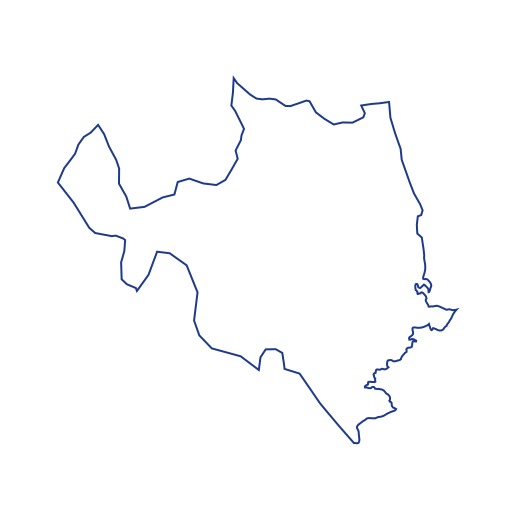 outline of Idjevan, Tavush, Armenia, rotated 97°
{"feature_id": "60910142B98300575929889", "entity_name": "Idjevan", "entity_type": "district", "adm_level": 2, "iso_a3": "ARM", "parent_name": "Armenia", "parent_adm1": "Tavush", "projection": "equal_earth", "projection_center": [45.144, 40.867], "detail": "fine", "context": "isolated", "style": "outline", "palette": "blue", "viewbox_px": 512, "rotation_deg": 97, "n_neighbors": 0, "source": "geoboundaries", "source_scale": "gbopen_adm2", "svg_char_len": 5051}
<svg xmlns="http://www.w3.org/2000/svg" viewBox="0 0 512 512"><g transform="rotate(97 256 256)"><path d="M82.2,299.8L96.9,298.8L109.7,298.8L114.5,294.4L128.6,285.1L131.3,283.4L138.3,285.1L142.8,285.1L153.8,289.1L161.7,286.0L173.2,290.8L184.2,295.6L190.4,304.0L190.4,317.2L187.3,331.7L192.1,342.7L204.9,344.5L209.3,355.9L220.8,372.6L224.3,386.7L212.8,392.0L200.9,400.8L185.9,402.5L177.6,406.5L165.2,415.3L153.7,421.5L145.1,428.7L153.7,435.1L158.8,441.4L164.5,444.5L167.2,445.9L176.5,448.0L183.2,451.8L192.2,457.1L207.2,461.6L215.6,453.2L225.4,443.4L236.1,434.8L248.3,425.0L252.8,418.4L253.8,402.3L253.9,401.9L252.9,397.6L254.8,390.0L256.2,387.8L267.1,387.3L273.8,388.3L278.7,389.1L295.5,386.5L299.5,381.1L299.8,380.7L302.4,371.4L305.2,369.9L287.8,360.4L269.7,356.1L263.8,354.7L263.8,342.0L267.1,335.9L273.7,323.7L299.2,309.6L327.6,309.6L341.7,302.6L353.1,288.6L357.4,259.0L368.8,239.3L356.0,239.2L347.5,235.0L346.1,225.1L349.0,218.1L358.9,215.3L364.6,213.9L367.4,198.4L381.6,185.8L389.1,179.2L394.4,174.5L396.5,172.3L404.2,164.1L415.5,151.9L429.8,135.9L429.5,135.1L429.6,134.1L429.5,132.4L429.0,131.5L427.4,131.0L425.7,131.0L423.6,131.5L421.3,132.0L419.7,132.4L418.3,132.6L416.7,133.2L414.3,134.9L412.9,134.9L412.5,134.7L411.0,133.9L409.1,131.9L407.2,130.0L405.1,127.4L403.6,125.9L403.1,124.2L403.0,122.6L402.9,120.9L402.7,119.6L402.6,117.9L401.8,116.6L400.9,115.0L400.4,112.7L399.3,110.3L399.1,109.9L397.4,107.7L396.1,106.0L394.1,102.7L392.8,99.9L391.7,98.7L390.8,98.3L390.4,99.2L390.0,100.1L389.8,101.4L389.2,102.0L388.2,102.9L386.8,103.2L385.1,103.6L384.4,104.4L384.3,105.3L383.4,106.0L382.6,105.6L381.6,105.5L380.0,105.8L378.8,106.5L377.7,107.7L377.1,108.5L376.8,109.6L376.1,110.5L375.2,111.3L374.5,112.1L374.0,112.7L373.5,113.9L373.1,115.0L373.2,116.6L372.9,118.0L373.2,118.6L373.2,119.1L373.2,120.3L373.2,121.6L372.4,122.1L371.7,123.0L371.6,124.0L372.1,124.9L372.6,125.5L373.1,125.8L373.4,126.9L373.3,128.4L373.1,129.6L373.1,130.8L373.2,131.8L372.4,132.1L371.4,131.4L370.6,130.4L370.0,129.3L369.0,129.1L368.5,129.4L367.3,129.1L367.0,128.0L366.9,125.9L366.8,124.4L366.7,122.9L366.2,122.2L365.4,122.4L364.4,122.8L363.1,122.7L362.7,123.3L361.7,124.0L360.7,124.2L359.4,124.9L358.5,124.6L357.9,124.2L357.5,123.1L355.8,123.0L355.1,123.0L354.8,123.0L354.0,122.4L353.8,121.7L353.8,120.9L353.8,120.6L353.8,119.6L353.5,118.5L353.0,117.9L352.5,117.0L352.8,115.8L352.8,114.6L352.6,113.5L351.5,112.1L350.3,111.0L349.7,111.9L348.7,112.5L346.9,112.8L346.4,112.8L345.8,112.9L343.7,112.5L343.2,111.2L342.8,109.5L343.0,108.5L343.7,107.0L343.7,105.7L343.4,104.6L342.6,103.0L342.5,102.6L342.3,101.8L341.5,100.4L340.8,99.6L340.0,99.6L338.5,99.1L337.8,98.8L335.9,97.6L334.0,96.3L332.8,94.9L331.5,95.0L330.2,95.4L329.0,94.6L328.4,93.6L328.3,92.8L328.3,92.5L327.9,91.4L327.3,90.4L326.2,90.2L324.9,90.2L323.0,90.2L321.7,90.0L321.4,89.4L321.4,88.4L321.4,86.8L320.5,86.7L320.2,87.6L319.5,89.1L319.4,90.4L319.4,91.2L320.3,92.7L320.3,93.6L320.2,93.6L318.8,94.1L317.7,93.6L317.4,93.2L316.7,92.4L315.3,91.1L314.3,90.7L313.2,90.7L312.5,90.9L311.8,91.1L310.3,91.6L309.1,91.9L308.1,91.6L307.7,90.8L307.5,89.2L307.6,87.4L307.4,85.5L307.0,83.5L306.4,81.8L305.2,79.5L303.8,77.3L302.4,76.0L303.3,75.6L304.6,75.2L305.4,74.6L306.6,74.2L307.5,73.5L308.2,72.9L307.8,72.2L307.0,71.8L306.0,71.4L306.3,69.8L306.8,68.0L307.0,67.6L307.4,66.3L307.6,64.4L307.3,63.1L306.8,62.1L305.8,61.0L304.4,60.4L304.2,60.2L303.2,59.6L302.1,58.3L301.1,58.2L300.3,57.8L298.2,56.5L296.1,55.7L294.4,54.8L292.7,54.2L290.1,53.4L288.0,52.4L286.2,51.4L284.8,50.4L285.2,51.4L285.4,52.4L285.8,53.9L285.6,55.6L285.3,57.7L285.6,58.8L286.1,60.0L285.9,61.2L285.3,63.0L284.3,66.1L283.8,67.6L283.5,69.5L283.4,71.0L283.8,71.8L284.0,72.8L284.5,74.1L284.6,75.3L284.8,76.6L285.2,77.6L285.2,78.5L284.4,78.8L283.6,79.1L282.3,80.3L279.8,82.0L278.8,82.2L277.5,81.6L276.7,81.8L275.1,82.6L273.8,84.0L272.3,85.8L271.9,86.9L272.1,87.7L273.0,88.2L273.3,89.1L273.8,90.1L274.0,90.9L273.4,91.2L272.3,91.2L272.0,91.6L271.4,92.0L270.7,92.4L270.4,93.2L269.5,93.6L269.2,93.7L267.5,94.1L265.9,94.3L264.7,94.1L264.2,93.6L264.2,92.6L264.7,92.1L265.8,91.7L266.8,91.3L267.4,90.8L267.6,90.2L267.8,89.2L267.1,88.4L266.3,87.8L266.1,87.7L265.6,87.2L264.8,86.6L263.9,85.8L264.2,85.0L264.7,84.7L265.0,84.1L265.7,83.2L266.5,82.1L267.4,81.3L268.1,80.8L269.7,80.5L270.8,80.3L270.5,79.7L268.8,79.2L266.9,79.0L265.5,78.6L264.0,78.4L262.2,79.1L261.1,79.9L258.9,82.3L258.2,83.5L258.2,85.1L258.5,86.4L258.2,87.3L257.1,87.5L255.3,87.3L252.4,86.7L248.9,86.4L246.0,86.7L243.4,87.2L240.5,88.1L238.4,88.7L237.3,89.0L235.4,89.0L228.9,90.5L217.4,93.7L214.1,98.6L210.0,99.4L205.1,100.2L196.9,100.2L195.2,97.0L190.3,96.2L184.6,99.4L174.7,106.8L164.0,112.5L142.7,123.1L132.0,125.5L125.5,128.8L117.2,132.9L106.1,137.8L102.5,139.4L86.9,142.7L89.3,151.7L91.0,159.8L93.8,169.9L101.0,165.4L102.5,165.7L105.3,166.4L111.9,176.5L112.9,186.3L116.0,194.9L111.4,205.0L106.1,214.1L95.9,221.7L95.6,225.0L99.0,231.8L103.0,240.1L103.5,244.9L98.2,255.5L98.2,261.9L99.7,268.7L99.7,274.7L98.4,277.5L96.4,281.6L86.8,295.7L82.2,299.8Z" fill="none" stroke="#1e3a8a" stroke-width="2"/></g></svg>